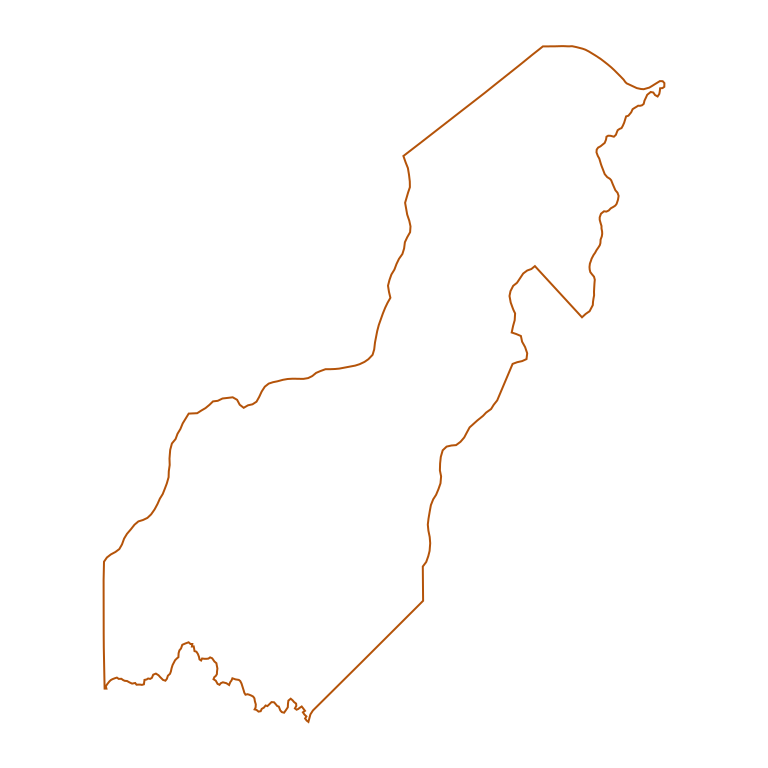 Manaquiri, Amazonas, Brazil (Equal Earth projection)
{"feature_id": "56859067B81028686710447", "entity_name": "Manaquiri", "entity_type": "district", "adm_level": 2, "iso_a3": "BRA", "parent_name": "Brazil", "parent_adm1": "Amazonas", "projection": "equal_earth", "projection_center": [-60.676, -3.744], "detail": "fine", "context": "isolated", "style": "outline", "palette": "amber", "viewbox_px": 768, "rotation_deg": 0, "n_neighbors": 0, "source": "geoboundaries", "source_scale": "gbopen_adm2", "svg_char_len": 5395}
<svg xmlns="http://www.w3.org/2000/svg" viewBox="0 0 768 768"><path d="M308.4,721.9L310.4,714.4L312.9,710.5L360.8,663.0L423.1,600.8L422.8,566.5L426.2,562.0L428.3,556.1L429.6,550.9L430.2,543.2L429.7,537.0L428.4,530.6L427.8,524.6L428.5,518.7L429.7,511.6L430.9,505.1L433.2,499.3L436.1,494.8L438.4,489.3L440.5,483.3L441.1,476.4L439.9,470.4L440.1,463.5L440.8,456.9L442.7,450.3L446.6,446.6L451.4,445.5L456.1,445.1L460.5,441.8L464.2,437.5L466.9,432.4L469.6,427.4L477.4,420.4L483.1,415.8L486.1,412.6L491.1,409.0L493.7,404.8L497.2,400.4L512.6,363.9L517.2,362.2L522.1,361.1L526.5,359.1L527.2,353.3L525.1,347.1L522.1,341.7L520.9,336.0L516.2,334.0L511.7,332.5L513.1,325.9L514.7,320.2L515.1,313.4L513.6,310.3L512.8,308.3L510.7,302.5L509.5,296.0L510.5,291.1L513.2,285.8L517.0,282.8L523.2,273.5L527.2,270.5L531.4,269.0L534.9,266.1L582.0,317.3L585.7,313.9L589.6,311.2L592.8,305.1L593.0,301.9L593.5,298.5L594.1,295.3L594.0,291.9L594.2,287.8L594.5,282.9L594.8,279.7L594.0,276.7L591.9,274.2L590.3,272.1L589.7,269.6L589.5,267.0L589.9,263.6L590.9,260.9L591.6,258.7L593.6,254.9L595.1,252.8L596.5,250.2L598.3,247.6L599.8,245.2L600.4,243.1L600.6,239.6L601.8,236.4L602.2,233.9L602.1,231.5L601.5,228.4L601.5,226.0L600.6,223.1L599.7,219.8L599.7,217.3L601.0,213.7L604.0,211.3L606.4,211.6L608.7,210.5L610.8,208.3L613.5,206.8L615.3,205.6L616.6,203.9L618.0,199.7L618.6,195.9L617.5,192.7L615.4,190.3L612.8,184.3L611.2,180.3L609.9,178.8L607.2,177.1L604.7,174.1L603.1,169.9L601.7,166.3L600.9,164.0L599.3,158.6L597.8,155.9L596.5,152.4L596.7,149.6L598.1,147.6L600.5,146.3L604.7,142.9L606.0,139.7L606.5,136.7L608.2,135.7L610.6,135.8L613.9,136.7L615.9,134.8L616.9,132.1L617.7,130.2L619.6,128.9L621.5,128.1L622.8,125.8L624.2,122.6L625.2,119.3L626.1,116.4L628.4,115.7L631.2,112.3L632.6,109.2L634.6,107.9L636.3,106.9L638.2,105.7L640.0,105.8L642.0,105.3L643.7,103.9L644.5,100.6L645.9,97.7L647.2,94.8L650.7,92.0L653.3,92.5L655.0,95.0L657.6,96.5L659.3,93.9L659.8,91.2L660.1,88.3L662.5,88.1L664.3,86.8L664.4,83.1L662.7,81.2L659.9,81.1L654.2,84.6L652.0,86.0L649.3,87.6L643.7,89.2L641.0,89.0L636.8,88.1L628.7,84.3L626.7,83.4L625.2,81.9L623.6,79.6L620.2,76.1L616.9,72.8L614.1,70.0L611.3,67.4L607.6,64.3L600.9,59.1L595.6,55.6L588.9,51.5L585.4,49.7L582.6,48.7L576.4,47.1L572.1,46.2L570.0,46.3L567.3,46.3L562.8,46.1L555.7,46.3L546.2,46.4L542.9,46.4L537.6,50.6L532.4,54.7L519.1,65.5L495.2,84.5L492.7,86.5L485.1,92.6L467.6,106.2L461.4,111.0L420.4,142.9L403.4,156.0L405.6,162.3L407.9,168.1L409.0,174.7L409.8,181.5L409.9,187.2L408.1,192.5L405.1,202.8L407.2,214.6L409.3,220.8L410.5,226.4L410.1,232.2L407.3,237.1L404.9,242.2L404.1,248.5L402.4,254.0L399.0,258.8L396.5,264.0L394.4,269.6L391.4,274.5L389.5,279.9L388.0,285.7L389.0,292.0L390.4,297.8L387.6,302.7L385.2,307.7L382.9,313.4L378.8,325.0L377.2,331.1L376.5,334.7L375.0,342.5L374.2,349.4L372.6,354.8L368.4,359.2L364.5,361.9L359.6,364.2L355.2,365.6L349.9,366.6L339.3,368.6L335.0,369.0L330.0,369.2L325.5,369.2L320.3,371.1L316.1,372.9L312.2,376.1L308.1,378.1L303.3,378.9L292.8,378.7L287.6,379.0L283.0,379.8L277.4,381.3L273.0,382.2L268.7,383.6L264.8,386.7L261.7,391.5L259.2,396.9L256.5,401.7L252.5,404.3L248.0,405.3L243.7,407.8L239.7,404.7L237.1,399.8L232.7,397.3L227.7,397.9L222.5,398.5L217.8,400.8L213.0,401.4L209.5,404.8L205.5,408.1L201.4,410.5L197.2,413.2L188.7,413.6L182.7,423.4L180.4,429.0L177.5,433.8L175.6,439.0L171.9,443.5L170.2,449.9L169.5,458.5L169.7,465.0L168.8,471.2L168.6,477.2L166.8,483.5L164.8,488.8L162.7,494.1L159.9,498.6L157.5,504.0L154.6,509.4L151.1,514.4L147.4,517.9L143.0,520.0L138.4,521.4L134.5,524.7L130.8,529.4L127.0,533.8L124.1,538.6L122.0,544.4L119.3,549.1L115.4,552.0L110.9,554.4L106.9,557.5L104.0,561.7L103.6,580.1L103.7,634.4L103.8,648.0L104.6,688.6L106.4,688.6L105.8,686.3L107.2,684.2L109.4,681.4L110.8,680.1L112.4,679.2L114.7,678.3L116.9,677.6L118.7,678.9L121.4,678.8L123.0,680.0L124.7,680.8L127.0,681.0L129.5,682.4L132.1,683.6L135.2,683.0L136.5,684.7L138.2,684.6L140.2,684.6L141.9,684.9L143.9,684.3L144.5,679.9L146.6,679.5L148.1,678.5L150.2,678.9L151.9,677.8L153.2,674.7L155.9,673.6L158.6,675.3L159.9,676.8L161.3,678.2L163.0,679.9L165.4,680.7L166.9,678.8L167.9,675.7L170.0,673.8L170.9,671.4L171.6,668.2L172.6,665.0L173.6,663.1L175.1,660.2L176.9,658.4L178.4,657.2L178.6,653.2L179.4,650.4L181.0,648.5L182.3,644.8L185.3,643.5L188.6,642.3L190.5,644.0L192.3,644.0L191.9,646.5L193.7,646.4L194.2,649.0L194.5,651.1L196.4,651.7L197.9,654.0L199.0,656.9L199.5,659.4L201.1,660.5L202.1,658.5L204.4,658.8L206.5,658.8L208.4,658.6L210.1,657.4L212.2,658.3L214.4,661.5L216.4,663.2L216.8,665.5L217.4,668.5L217.0,671.7L216.9,674.1L215.9,675.8L214.3,677.2L213.5,679.2L215.8,680.7L217.6,683.9L219.5,684.8L220.8,683.2L222.9,682.3L226.4,683.2L229.1,685.0L230.3,682.1L231.5,680.5L232.4,678.3L235.6,679.4L238.8,679.9L240.2,681.0L241.5,683.5L243.7,690.5L244.3,692.7L245.5,694.7L247.5,694.2L249.2,694.7L251.4,695.6L253.2,696.6L254.4,698.3L254.9,701.3L255.8,704.4L255.6,707.4L254.6,709.4L256.5,709.9L258.5,711.6L260.7,711.2L261.7,708.9L263.9,707.6L265.6,705.5L267.4,706.1L269.5,704.1L271.5,702.1L274.1,702.3L275.8,704.3L277.2,706.0L278.8,706.6L280.3,710.4L281.8,712.1L284.1,712.7L286.2,709.7L287.8,707.3L288.0,703.5L288.4,700.6L290.7,698.7L292.6,700.3L293.9,701.9L296.1,703.6L296.3,705.9L294.9,708.4L296.6,709.7L298.2,709.0L299.7,707.8L301.7,706.5L303.1,708.3L305.0,710.8L302.9,712.3L304.3,714.4L306.4,716.4L305.1,718.5L306.7,720.6L308.4,721.9Z" fill="none" stroke="#b45309" stroke-width="2"/></svg>